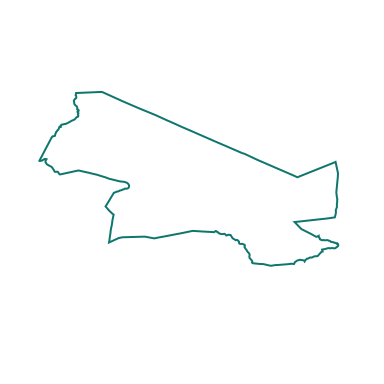 Engerdal nor, Hedmark, Norway, rotated 286°
{"feature_id": "86288312B32893116539202", "entity_name": "Engerdal nor", "entity_type": "district", "adm_level": 2, "iso_a3": "NOR", "parent_name": "Norway", "parent_adm1": "Hedmark", "projection": "orthographic", "projection_center": [11.825, 61.975], "detail": "fine", "context": "isolated", "style": "outline", "palette": "teal", "viewbox_px": 384, "rotation_deg": 286, "n_neighbors": 0, "source": "geoboundaries", "source_scale": "gbopen_adm2", "svg_char_len": 5740}
<svg xmlns="http://www.w3.org/2000/svg" viewBox="0 0 384 384"><g transform="rotate(286 192 192)"><path d="M120.6,126.2L127.5,134.2L129.3,137.6L136.1,159.0L137.0,168.5L137.8,170.0L138.8,171.9L141.3,177.0L141.7,177.7L142.9,180.2L144.1,182.5L150.1,194.4L154.7,203.1L155.1,204.6L157.0,213.4L158.1,218.1L159.5,224.3L159.6,224.5L160.7,225.2L161.0,225.5L161.1,225.8L161.1,226.0L161.0,226.3L160.6,227.0L160.6,227.4L160.4,227.6L160.4,228.3L159.8,229.2L159.6,229.5L159.8,230.0L159.6,230.8L159.6,231.4L159.7,231.9L159.8,232.4L159.9,232.8L160.0,233.2L160.2,233.7L160.5,234.1L160.7,234.4L160.6,235.1L160.6,235.3L160.3,235.9L160.1,236.2L159.8,236.8L159.7,236.9L159.8,237.1L159.9,237.4L160.0,237.6L160.2,237.8L160.6,238.2L160.9,238.6L160.9,238.8L160.9,239.3L161.0,239.6L161.2,240.1L161.2,240.6L161.2,240.9L161.1,241.2L161.0,241.4L160.3,242.0L159.9,242.5L159.4,243.0L158.7,243.9L158.6,244.4L158.4,244.8L158.3,245.3L158.1,246.0L157.9,246.7L157.7,247.4L158.2,248.1L158.3,248.5L158.3,248.8L158.1,249.3L157.3,250.8L157.1,250.9L156.8,251.0L156.4,251.0L155.7,251.5L155.4,251.9L155.4,252.3L155.4,252.5L155.5,253.1L155.6,253.4L155.9,254.1L156.0,254.7L156.0,255.0L156.0,255.3L155.8,256.2L155.8,256.6L155.8,256.9L155.8,257.0L155.4,257.5L155.1,257.4L154.5,257.6L153.6,257.6L153.1,258.2L152.5,258.7L152.1,259.2L151.5,260.1L151.0,260.7L150.6,261.1L150.4,261.3L149.7,262.1L149.2,263.2L148.8,263.5L148.5,264.0L148.1,264.4L147.2,264.8L146.5,264.8L145.8,264.9L144.5,265.5L144.3,265.8L144.0,266.3L143.6,266.9L143.0,267.9L142.7,268.3L141.9,269.1L140.9,269.0L140.3,269.8L140.3,270.2L140.4,270.6L140.4,270.9L140.5,271.4L140.6,271.9L141.5,276.9L142.4,280.5L142.4,281.0L142.5,282.6L142.6,285.3L142.7,286.4L142.8,288.1L144.9,292.7L145.3,294.1L148.9,303.7L150.5,307.5L150.9,309.9L153.0,310.3L155.0,311.9L156.6,314.4L157.1,318.5L156.3,319.4L157.7,319.7L159.7,321.0L159.9,321.8L161.7,323.7L162.0,325.3L163.8,327.2L165.0,330.4L170.1,332.9L170.8,334.0L172.5,332.9L173.9,335.7L175.6,338.4L175.8,339.7L176.0,339.8L176.1,340.9L176.7,341.9L177.0,343.8L177.2,344.7L177.6,345.4L178.4,345.8L179.7,347.0L180.3,347.2L181.1,347.3L181.4,347.2L182.3,346.6L182.5,346.3L182.7,345.9L182.1,345.6L182.6,344.9L182.5,344.5L182.4,344.2L182.4,343.9L182.6,343.5L182.5,343.3L182.6,342.8L182.5,342.7L182.5,342.4L182.5,342.1L182.6,341.8L182.7,341.5L182.7,341.2L182.5,340.0L182.4,339.8L182.3,339.5L182.6,338.8L182.7,338.7L182.8,338.6L182.9,338.4L183.0,337.8L183.0,337.6L183.0,337.4L183.0,337.1L183.0,336.8L182.9,336.7L183.0,336.3L183.0,336.2L183.1,335.8L183.0,335.3L183.0,335.1L182.8,334.7L182.7,334.5L182.6,334.2L182.4,333.7L182.3,333.3L182.2,332.9L182.2,332.7L182.1,332.1L182.1,331.7L181.9,331.4L181.7,331.1L181.6,330.7L181.6,330.4L181.5,330.2L181.5,329.9L181.6,329.5L181.6,329.4L181.6,329.1L181.6,328.8L181.8,328.3L181.9,328.0L181.9,327.9L182.1,327.7L182.4,327.7L182.6,327.7L183.1,327.1L183.4,326.8L183.5,326.4L183.8,326.4L184.4,325.9L184.7,325.8L184.2,325.4L184.1,325.1L183.6,324.5L183.2,323.8L183.3,323.0L184.5,318.0L186.5,307.4L191.4,298.9L204.0,329.7L207.0,336.3L210.0,336.2L211.2,336.1L212.0,336.0L214.3,335.2L217.3,335.5L217.9,335.3L220.4,334.6L221.1,334.4L221.7,334.4L222.3,334.4L224.4,333.7L225.1,333.7L226.7,332.8L231.5,330.8L246.2,328.1L250.2,327.2L260.5,321.7L260.0,321.2L235.2,289.2L235.8,285.4L240.9,246.1L243.0,233.2L243.2,231.7L243.2,229.5L247.4,197.0L250.2,176.3L251.7,164.6L253.4,152.9L254.0,148.2L255.9,135.5L257.9,117.5L260.0,101.1L263.4,77.9L255.2,53.3L253.0,53.5L252.9,53.8L252.5,54.1L251.0,54.7L250.7,54.8L250.2,54.7L249.7,54.4L249.4,54.0L248.5,53.5L247.6,53.5L247.1,53.3L246.9,53.3L246.7,53.5L245.7,54.0L244.7,54.4L243.9,54.9L243.5,55.7L243.1,56.1L243.0,56.5L242.8,57.1L242.3,57.8L241.9,58.2L241.5,58.4L240.8,58.7L239.8,58.9L239.7,59.2L239.7,59.6L239.7,59.8L239.6,60.2L239.3,60.5L239.0,60.6L238.6,60.6L238.4,60.4L238.2,60.0L237.7,59.8L237.5,60.0L237.2,60.0L236.9,60.2L236.7,60.6L236.6,60.9L236.5,61.1L236.0,61.0L235.4,60.9L234.8,61.0L234.6,61.3L234.4,61.6L234.2,61.7L232.9,61.6L232.6,61.0L232.4,60.9L232.2,60.6L230.9,59.8L230.6,59.8L229.7,59.3L229.1,58.9L228.6,58.3L227.7,57.2L227.2,56.5L226.2,55.7L225.5,54.9L224.4,53.9L223.3,52.6L222.8,52.0L222.3,51.1L222.2,50.7L221.4,49.4L221.4,49.2L221.2,49.0L220.9,48.5L220.9,48.4L220.2,47.7L219.8,47.6L219.2,47.8L218.4,47.9L218.4,47.6L218.6,47.2L218.3,46.7L217.9,46.9L216.9,46.5L216.2,46.5L215.6,46.4L214.6,46.0L214.3,45.8L214.1,45.7L213.9,45.7L213.4,45.5L213.4,45.4L213.0,45.3L212.7,45.2L212.4,44.9L211.9,44.8L211.5,44.9L210.0,44.6L208.4,44.8L207.9,44.5L207.7,43.9L207.2,43.1L207.1,42.9L207.1,42.7L206.6,42.5L206.4,42.3L206.0,42.1L179.9,36.7L179.8,37.1L180.0,37.6L180.3,38.2L180.8,38.9L181.2,39.5L181.7,39.9L182.1,40.3L182.8,40.9L183.3,41.5L183.4,43.1L181.6,42.7L180.5,42.8L180.1,43.2L178.7,44.7L177.9,47.8L177.7,48.6L177.6,49.5L177.3,50.3L176.8,51.1L175.6,52.4L175.0,53.2L173.9,54.2L173.6,54.6L173.8,55.4L174.3,56.9L174.4,57.5L173.9,58.1L172.7,59.5L172.5,60.1L172.6,60.5L181.4,76.9L181.9,85.6L181.9,86.2L182.0,86.7L182.1,87.3L182.0,87.8L182.1,88.8L182.1,89.3L182.1,90.5L182.2,91.0L182.2,92.1L182.3,93.4L182.3,94.0L182.4,95.4L182.4,95.9L182.2,104.6L182.2,105.6L181.9,108.1L182.2,115.7L182.2,117.2L182.2,117.7L182.3,118.5L182.3,118.9L182.5,120.8L182.7,122.1L182.9,122.9L183.1,124.4L183.0,125.7L183.0,126.6L182.6,127.7L182.2,128.5L181.3,129.4L180.7,129.7L180.1,130.0L179.6,130.0L179.0,129.9L178.5,129.8L178.0,129.5L177.7,129.1L177.1,128.2L177.0,127.3L176.7,126.5L176.0,125.9L175.2,124.7L174.4,123.8L174.2,123.6L174.0,123.1L173.6,122.3L172.8,121.6L172.6,121.4L172.1,120.6L171.9,120.2L171.7,119.9L171.6,119.5L171.5,119.3L171.1,119.1L170.6,118.4L170.1,117.7L169.7,117.1L161.1,114.8L154.3,112.9L151.1,117.8L149.1,121.7L148.7,122.9L142.9,123.3L139.4,123.9L132.7,124.4L130.9,124.8L120.6,126.2Z" fill="none" stroke="#0f766e" stroke-width="2"/></g></svg>